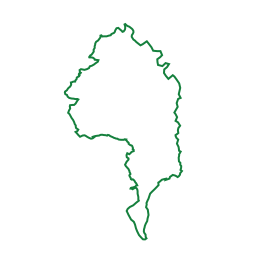 the district of Pegeia, Paphos, Cyprus, rotated 211°
{"feature_id": "46923920B55178384672299", "entity_name": "Pegeia", "entity_type": "district", "adm_level": 2, "iso_a3": "CYP", "parent_name": "Cyprus", "parent_adm1": "Paphos", "projection": "robinson", "projection_center": [32.366, 34.894], "detail": "fine", "context": "isolated", "style": "outline", "palette": "green", "viewbox_px": 256, "rotation_deg": 211, "n_neighbors": 0, "source": "geoboundaries", "source_scale": "gbopen_adm2", "svg_char_len": 4346}
<svg xmlns="http://www.w3.org/2000/svg" viewBox="0 0 256 256"><g transform="rotate(211 128 128)"><path d="M56.3,40.7L55.3,42.9L56.7,43.7L58.1,45.7L59.9,46.4L61.1,47.4L62.1,49.4L62.6,51.4L63.1,52.7L63.5,55.3L63.6,58.1L64.6,60.5L65.6,64.0L67.3,66.1L69.0,68.2L71.7,69.4L72.6,72.1L73.5,73.2L73.9,76.1L74.0,77.8L75.2,83.1L74.7,85.4L73.7,89.1L72.9,92.5L72.4,94.8L73.9,96.8L73.2,98.3L72.3,101.1L71.1,102.4L69.4,104.0L69.1,102.8L67.7,104.4L66.4,106.0L66.8,107.8L66.0,109.5L65.5,110.8L63.2,111.5L61.9,111.6L60.2,111.5L59.6,112.9L59.4,114.7L60.0,116.1L59.6,118.9L61.4,119.1L61.9,121.1L62.8,122.8L64.3,123.4L65.2,125.1L67.1,125.6L68.1,127.0L69.3,128.7L69.9,130.6L70.6,131.7L70.7,134.9L72.5,134.8L73.8,136.5L75.0,137.9L76.6,138.9L78.0,139.8L79.0,143.9L81.4,144.5L83.0,145.6L83.6,146.4L82.6,148.6L82.3,149.6L84.1,151.8L84.8,153.9L84.5,156.8L88.1,158.6L90.9,158.6L91.5,162.6L94.4,164.4L96.2,165.1L96.3,168.6L96.3,171.7L99.1,174.4L100.0,178.8L98.4,180.9L101.9,183.1L103.9,189.3L107.1,192.6L111.4,194.6L114.7,196.0L116.8,196.3L117.8,193.4L118.7,190.9L122.4,192.2L125.5,193.7L127.1,196.9L125.9,200.3L125.8,203.9L129.2,203.0L130.4,198.8L134.7,197.5L136.6,199.6L138.3,202.0L136.9,205.3L136.3,208.0L139.8,210.6L142.4,209.0L146.2,207.2L149.5,209.3L153.8,211.0L156.5,212.0L156.9,211.2L158.6,207.3L159.9,205.3L163.0,205.7L165.3,206.0L167.0,206.5L168.9,206.6L170.5,207.4L171.8,208.1L172.5,209.6L172.4,211.2L172.6,212.8L173.4,214.0L174.8,214.8L175.8,215.1L177.4,215.3L179.0,215.5L180.8,215.2L182.3,215.3L183.9,215.7L184.3,215.0L182.8,213.7L181.8,212.1L181.3,210.7L181.5,208.5L182.3,207.6L183.3,208.0L185.2,208.3L186.8,208.6L187.9,208.8L189.2,207.6L189.2,205.0L188.8,203.7L189.0,202.3L190.6,200.0L190.6,198.6L192.1,197.2L193.5,195.6L195.7,194.3L197.0,193.3L198.2,193.6L198.6,193.7L199.2,193.0L198.3,191.6L198.3,191.4L198.5,189.4L198.7,187.6L199.7,185.5L199.6,183.6L199.0,182.4L198.7,180.9L197.8,179.5L197.8,177.4L196.7,175.8L196.8,174.0L197.0,172.0L197.7,170.8L197.8,168.8L197.5,168.6L195.5,169.8L194.1,170.2L192.3,170.0L191.7,169.4L189.7,170.3L188.3,170.9L188.0,169.3L189.1,166.9L189.9,164.8L191.1,162.7L192.5,161.2L192.3,159.3L193.5,157.3L195.3,155.4L197.3,154.7L198.6,154.2L199.3,152.7L198.5,151.7L197.6,150.9L196.9,151.0L196.9,150.1L197.9,149.6L197.9,149.0L197.4,148.1L196.6,148.0L196.6,147.1L197.2,146.1L197.8,145.2L197.8,144.5L197.3,143.7L197.3,143.0L197.5,142.1L197.6,141.6L197.2,140.6L198.8,139.6L199.5,138.5L200.4,137.6L199.1,136.0L198.9,135.0L199.0,133.4L199.6,131.8L199.8,130.5L199.8,128.9L200.7,126.8L200.4,125.9L199.1,124.7L197.3,124.9L195.9,123.8L193.8,123.5L191.3,124.3L189.8,125.1L188.0,125.7L186.3,126.8L185.3,126.9L185.5,125.1L185.5,123.4L185.5,121.9L186.1,120.0L187.7,119.0L189.4,117.7L189.0,116.5L187.6,114.9L187.6,112.7L187.1,110.2L185.3,109.8L181.4,107.5L179.2,106.6L177.2,105.3L175.6,103.9L174.1,103.3L173.4,102.1L172.4,101.2L171.1,101.1L169.8,101.0L169.8,99.3L170.9,97.6L169.0,97.1L167.0,96.4L164.6,95.8L163.0,98.2L161.6,99.3L160.5,99.5L158.1,99.4L156.2,99.5L154.2,99.8L153.0,100.9L152.5,102.1L153.2,101.9L153.7,102.2L152.8,103.3L151.7,104.4L150.5,105.4L148.8,106.7L148.1,107.9L146.7,108.9L145.1,109.5L143.3,110.4L142.0,110.7L141.7,111.7L140.3,112.1L139.1,111.9L137.7,112.1L136.2,112.3L135.2,112.3L133.9,112.6L132.7,112.8L131.5,113.4L130.2,113.3L129.4,113.6L128.1,114.2L127.1,114.8L126.2,115.3L125.5,115.7L125.2,116.5L124.2,117.0L123.7,117.2L123.7,116.6L122.6,116.5L121.5,115.9L120.7,115.9L119.9,115.7L119.4,114.8L118.1,114.6L117.0,114.5L116.0,114.9L115.1,114.7L113.6,113.5L113.3,113.1L113.1,112.3L111.9,112.2L111.2,111.1L112.1,110.1L112.7,109.0L112.9,107.7L113.4,106.2L115.6,106.0L115.3,104.0L114.3,102.7L113.9,102.3L111.9,102.2L111.3,101.2L111.8,98.4L111.6,95.0L110.2,94.2L109.4,94.0L108.3,93.6L106.7,93.2L105.5,92.4L104.9,92.1L104.4,91.5L103.7,90.8L103.0,90.5L102.2,89.8L102.4,88.9L102.5,88.7L102.3,87.9L101.2,87.2L100.0,86.6L99.2,85.7L98.1,85.7L97.5,86.5L96.4,86.4L95.6,86.2L94.9,85.9L93.8,85.2L92.7,84.9L91.2,84.0L90.6,83.6L91.3,83.0L91.5,81.6L92.1,80.8L93.3,79.4L94.0,78.9L94.7,78.0L94.6,77.4L93.5,77.9L92.5,77.9L92.0,79.0L91.3,80.0L91.1,80.4L90.5,80.7L89.8,80.8L88.4,80.1L87.3,78.9L85.9,76.6L83.6,74.2L82.3,72.0L81.3,71.3L82.5,68.2L83.7,64.4L85.7,61.3L86.6,58.5L86.4,56.2L82.8,53.8L78.2,51.1L74.7,50.6L72.2,48.8L69.6,46.2L67.0,44.2L63.4,41.9L60.5,41.0L58.0,40.3L56.3,41.0L56.3,40.7Z" fill="none" stroke="#15803d" stroke-width="2"/></g></svg>